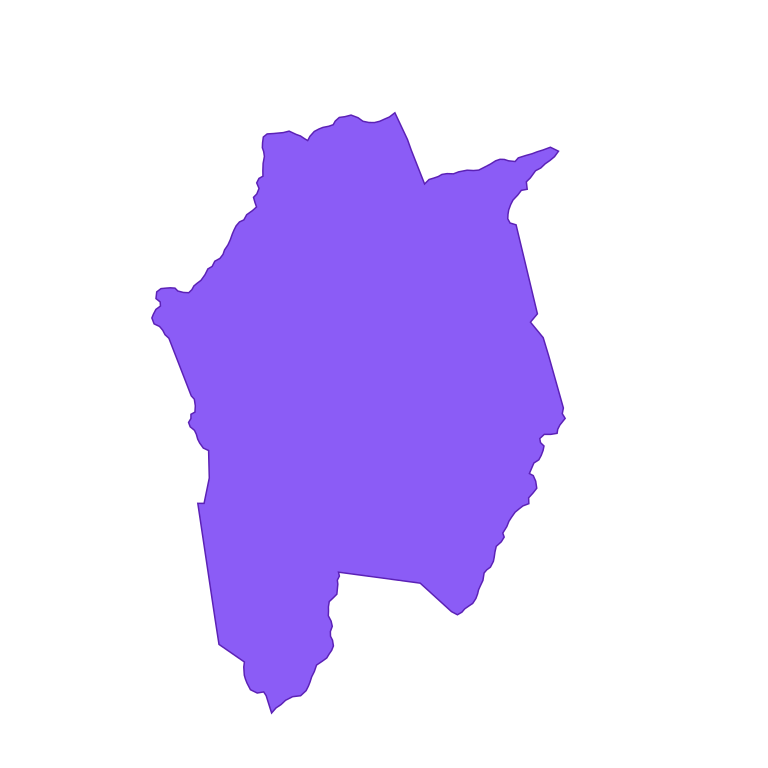 outline of Baixa Grande, Bahia, Brazil, rotated 251°
{"feature_id": "56859067B21478316481218", "entity_name": "Baixa Grande", "entity_type": "district", "adm_level": 2, "iso_a3": "BRA", "parent_name": "Brazil", "parent_adm1": "Bahia", "projection": "mercator", "projection_center": [-40.14, -11.982], "detail": "fine", "context": "isolated", "style": "filled", "palette": "violet", "viewbox_px": 768, "rotation_deg": 251, "n_neighbors": 0, "source": "geoboundaries", "source_scale": "gbopen_adm2", "svg_char_len": 3123}
<svg xmlns="http://www.w3.org/2000/svg" viewBox="0 0 768 768"><g transform="rotate(251 384 384)"><path d="M545.1,199.1L539.0,196.2L534.4,199.1L530.5,198.0L528.8,192.6L525.0,188.6L522.0,186.0L515.7,186.2L511.5,190.5L506.8,192.3L501.9,193.0L497.3,195.5L435.5,197.9L431.4,199.7L424.8,198.5L419.0,196.1L418.2,191.6L414.2,190.2L411.3,186.7L406.6,186.8L401.9,189.7L397.6,190.2L392.5,189.9L388.2,190.5L382.2,192.3L378.2,196.5L352.0,188.2L329.7,175.0L331.8,169.1L216.4,147.7L191.5,143.2L166.6,161.5L162.1,159.3L158.2,158.2L154.1,157.1L150.2,156.9L145.7,157.1L138.4,158.2L133.1,163.5L132.0,170.0L127.7,171.1L120.6,170.9L109.5,170.6L112.9,176.5L114.4,182.2L117.0,188.0L118.1,195.8L116.4,203.7L119.4,210.5L123.0,214.2L126.4,217.1L130.7,220.3L134.8,224.5L140.2,228.7L141.9,235.1L143.6,240.7L146.3,243.9L149.2,247.8L152.8,250.9L158.5,251.9L162.9,251.3L167.4,252.7L171.7,256.2L177.0,256.8L183.0,255.9L187.4,257.6L191.4,258.9L196.1,261.4L198.2,266.1L200.6,271.0L205.9,273.4L209.8,275.2L213.7,276.0L216.9,279.3L220.9,279.7L183.9,353.4L146.8,373.7L141.9,378.3L142.9,383.4L145.1,387.1L146.3,391.3L147.7,396.5L151.3,401.1L155.1,404.2L158.6,406.4L161.6,409.2L166.1,413.6L172.7,417.1L174.8,420.6L176.2,425.0L180.7,429.7L184.3,431.8L189.0,434.2L194.0,437.3L196.6,443.5L200.1,447.8L204.4,447.8L209.2,453.7L213.5,457.4L216.5,461.2L220.1,466.2L221.8,470.7L223.5,475.6L223.7,482.0L229.3,483.7L232.4,489.4L235.7,494.5L242.8,495.8L248.8,495.3L252.0,492.3L256.1,496.0L260.5,500.0L261.9,505.7L265.3,509.4L269.4,512.8L273.3,515.1L277.6,512.9L281.7,513.5L284.2,519.1L282.1,525.2L281.0,531.6L284.6,533.5L288.0,537.0L292.5,544.1L297.9,542.9L302.9,545.8L357.5,548.9L376.0,549.6L394.8,542.6L400.4,551.9L415.0,553.3L434.5,555.2L491.5,560.7L495.2,555.6L499.9,554.8L504.1,556.5L508.0,558.6L512.3,562.1L515.9,565.8L519.2,572.1L522.4,576.9L521.5,582.8L528.8,584.4L531.2,589.4L533.7,593.0L536.3,596.7L537.2,602.6L539.7,608.0L541.3,613.6L543.4,619.2L547.3,624.8L553.7,618.4L553.5,610.5L553.7,604.3L553.5,599.1L553.9,592.5L554.1,584.6L551.7,580.4L554.5,574.4L557.2,570.8L558.7,566.8L558.7,562.2L557.3,556.3L556.2,548.9L555.4,543.2L556.7,538.1L559.1,532.2L560.3,523.7L560.1,518.1L562.4,512.1L563.3,507.0L562.5,502.9L562.5,498.2L562.7,493.2L559.9,487.5L596.5,485.9L607.5,485.8L636.9,482.6L634.7,476.0L634.3,470.7L633.8,465.5L634.3,460.1L636.2,454.8L639.3,449.6L644.2,446.2L649.0,440.4L649.5,434.0L650.6,428.5L648.5,423.5L645.7,420.4L645.7,415.6L646.5,409.8L646.3,405.5L645.5,400.3L642.3,394.6L639.0,391.1L642.0,388.6L645.7,385.8L648.5,382.3L654.0,376.6L654.5,370.6L656.8,361.1L658.5,354.9L656.8,350.3L651.6,347.7L647.0,345.9L642.9,345.9L638.1,345.0L631.9,341.5L625.1,338.9L619.9,337.2L619.1,332.7L615.6,329.1L609.6,329.5L605.1,325.6L603.0,321.4L597.8,321.1L592.9,321.1L590.8,316.1L588.8,309.3L584.8,304.9L584.3,300.1L581.7,295.7L578.7,292.6L575.3,289.5L570.4,285.6L566.4,281.8L562.7,276.9L559.0,274.0L556.2,269.8L555.2,264.0L551.1,259.8L550.2,255.0L545.6,250.3L541.6,244.7L540.1,240.1L538.7,236.3L535.7,233.0L533.9,229.1L535.9,224.1L539.1,219.3L542.7,217.6L544.5,213.3L545.6,209.2L546.8,204.2L545.1,199.1Z" fill="#8b5cf6" stroke="#5b21b6" stroke-width="1.5"/></g></svg>